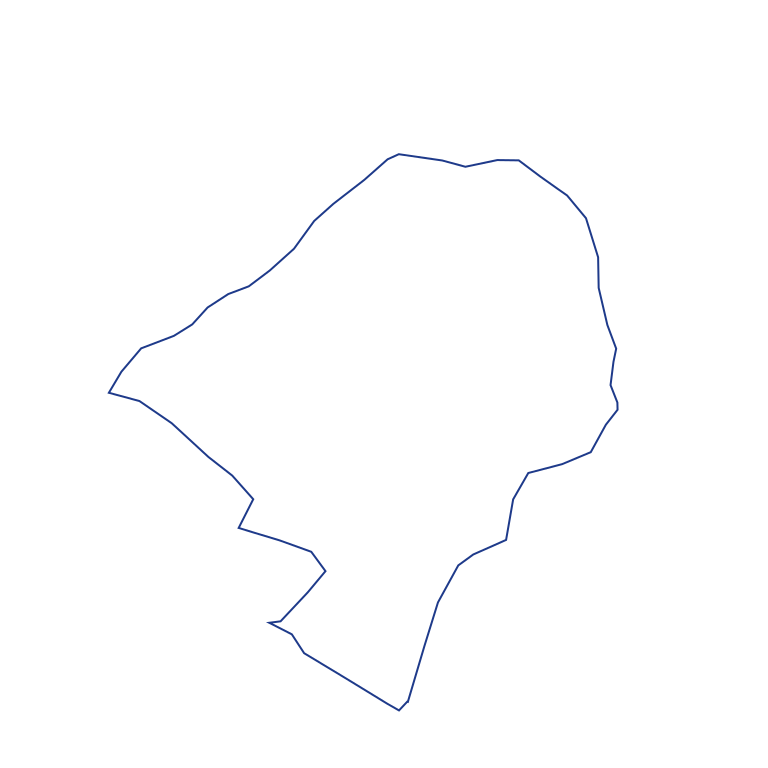 Trachoni Lemesou, Cyprus (Equal Earth projection), rotated 308°
{"feature_id": "46923920B27703418530208", "entity_name": "Trachoni Lemesou", "entity_type": "district", "adm_level": 2, "iso_a3": "CYP", "parent_name": "Cyprus", "parent_adm1": "", "projection": "equal_earth", "projection_center": [32.957, 34.656], "detail": "fine", "context": "isolated", "style": "outline", "palette": "blue", "viewbox_px": 768, "rotation_deg": 308, "n_neighbors": 0, "source": "geoboundaries", "source_scale": "gbopen_adm2", "svg_char_len": 922}
<svg xmlns="http://www.w3.org/2000/svg" viewBox="0 0 768 768"><g transform="rotate(308 384 384)"><path d="M148.2,598.5L202.6,577.1L245.1,561.0L286.8,554.2L304.6,559.3L336.3,576.2L372.6,556.8L387.3,554.7L402.7,552.5L430.5,573.7L457.6,588.9L488.5,583.9L507.5,583.9L513.1,579.3L522.6,563.2L542.7,551.2L554.8,545.2L568.0,523.7L591.9,494.0L615.7,474.7L639.0,441.1L645.3,412.2L644.7,401.0L643.7,379.2L643.2,352.5L630.2,335.4L605.3,314.4L596.0,292.3L574.2,254.2L563.3,248.5L532.7,242.8L494.9,233.2L469.5,228.6L435.2,229.8L403.1,224.1L377.7,217.3L359.0,205.9L335.7,197.9L312.9,196.2L292.6,188.8L262.6,170.7L232.0,169.5L207.7,172.6L220.0,201.8L222.4,240.9L218.4,290.6L218.4,320.8L212.7,351.9L181.1,358.1L186.8,373.0L196.5,398.0L207.0,430.0L200.5,453.1L173.0,452.2L133.3,448.6L125.2,440.6L130.0,465.5L122.7,486.8L128.4,533.9L134.1,583.6L136.0,596.8L148.0,597.9L148.2,598.5Z" fill="none" stroke="#1e3a8a" stroke-width="2"/></g></svg>